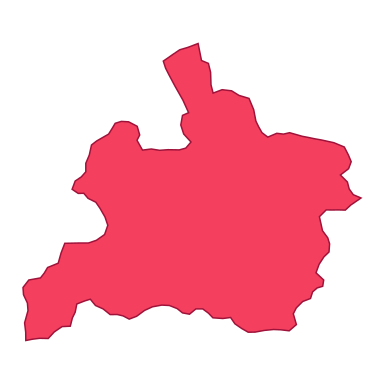 Jaguariúna, São Paulo, Brazil
{"feature_id": "56859067B42434816629938", "entity_name": "Jaguariúna", "entity_type": "district", "adm_level": 2, "iso_a3": "BRA", "parent_name": "Brazil", "parent_adm1": "São Paulo", "projection": "albers", "projection_center": [-47.018, -22.68], "detail": "fine", "context": "isolated", "style": "filled", "palette": "rose", "viewbox_px": 384, "rotation_deg": 0, "n_neighbors": 0, "source": "geoboundaries", "source_scale": "gbopen_adm2", "svg_char_len": 1922}
<svg xmlns="http://www.w3.org/2000/svg" viewBox="0 0 384 384"><path d="M310.5,298.5L312.6,291.9L317.2,287.9L322.7,286.3L323.7,280.0L316.0,272.8L319.1,264.3L323.9,256.9L329.0,252.0L329.6,243.9L327.8,237.9L322.5,230.7L319.4,216.7L326.2,209.9L332.0,210.0L338.1,209.9L345.3,210.1L350.8,205.0L361.0,198.0L353.3,194.7L349.2,189.0L347.4,182.0L340.4,175.0L348.6,168.7L351.2,161.7L348.4,155.0L344.3,147.0L333.9,142.7L321.6,140.0L314.8,138.8L308.1,137.4L302.3,136.3L289.6,132.7L283.5,134.1L276.8,133.3L267.8,137.1L262.0,132.7L258.6,126.7L255.9,121.1L253.7,109.7L249.0,98.4L239.0,95.4L231.6,90.8L222.1,89.7L213.1,93.1L211.0,84.8L210.6,72.3L208.4,63.4L201.5,60.5L198.1,43.5L187.8,47.4L179.7,49.8L173.2,54.2L163.3,61.1L165.6,68.2L168.9,74.7L174.8,85.8L182.9,100.1L188.6,112.7L182.5,115.4L180.8,125.0L183.7,134.0L191.0,142.0L185.8,148.1L179.3,149.9L168.0,149.7L159.6,150.3L151.3,149.0L142.5,150.1L137.0,140.3L139.7,135.0L137.2,126.3L128.6,121.8L121.3,121.4L115.2,123.3L112.0,128.7L108.6,134.1L96.6,141.0L91.5,145.0L89.3,155.0L85.8,163.3L85.8,171.8L81.3,176.9L75.2,181.0L72.1,189.3L78.2,193.4L83.8,193.3L88.1,198.4L95.8,202.2L100.0,208.3L105.0,217.0L107.8,225.3L104.6,234.5L96.4,240.3L88.4,243.0L80.1,243.0L64.8,243.3L61.1,252.9L58.2,263.2L47.6,267.5L44.2,273.2L40.5,277.9L28.8,280.0L23.0,287.5L23.5,294.7L27.4,303.0L28.0,310.6L24.6,322.9L25.7,332.2L25.8,340.5L32.5,339.2L39.6,338.3L48.2,338.5L54.3,331.9L62.1,326.6L70.3,326.2L72.4,317.9L75.2,312.2L76.8,304.0L84.8,300.9L90.3,299.2L95.5,305.5L103.1,308.9L110.2,314.6L117.2,314.5L123.1,315.9L129.2,319.1L136.6,316.3L144.6,310.4L152.5,306.8L161.8,305.1L169.4,305.5L177.2,308.6L182.5,312.9L189.5,314.2L195.9,308.9L202.7,308.9L208.5,313.2L212.9,317.8L222.9,318.5L230.6,317.5L234.9,323.8L241.7,328.5L248.2,332.2L255.1,332.1L264.4,330.4L273.6,329.5L280.9,329.8L289.2,330.8L296.4,324.6L293.3,313.8L296.3,307.9L302.7,301.5L310.5,298.5Z" fill="#f43f5e" stroke="#9f1239" stroke-width="1.5"/></svg>